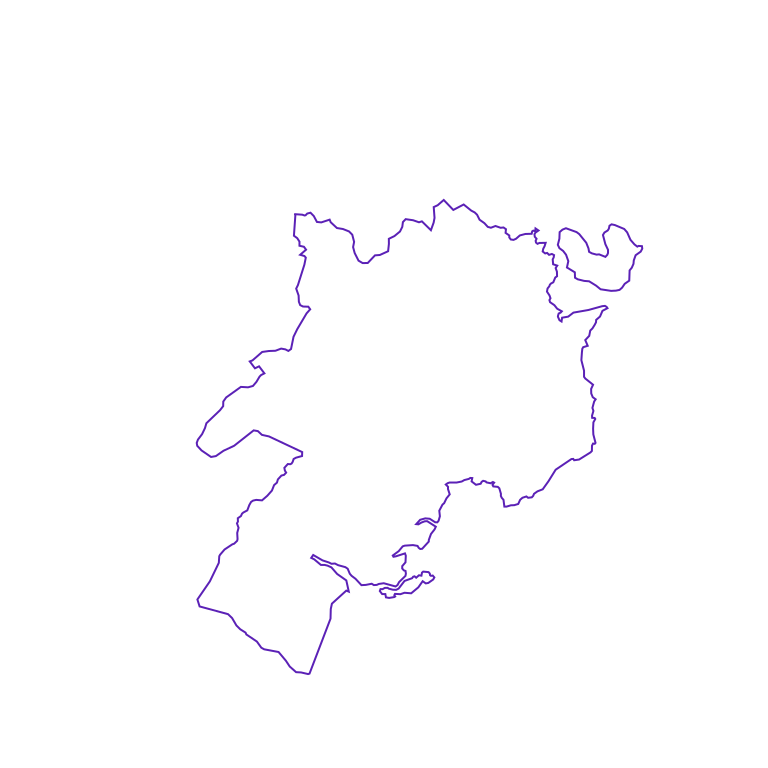 outline of Beluran, Sabah, Malaysia, rotated 49°
{"feature_id": "92858781B11747054778186", "entity_name": "Beluran", "entity_type": "district", "adm_level": 2, "iso_a3": "MYS", "parent_name": "Malaysia", "parent_adm1": "Sabah", "projection": "natural_earth1", "projection_center": [117.451, 6.209], "detail": "fine", "context": "isolated", "style": "outline", "palette": "violet", "viewbox_px": 768, "rotation_deg": 49, "n_neighbors": 0, "source": "geoboundaries", "source_scale": "gbopen_adm2", "svg_char_len": 6166}
<svg xmlns="http://www.w3.org/2000/svg" viewBox="0 0 768 768"><g transform="rotate(49 384 384)"><path d="M278.9,470.5L287.5,471.1L288.7,466.7L297.5,467.3L296.6,470.9L296.8,473.1L298.7,478.9L299.5,484.2L297.3,488.8L292.3,493.9L290.6,511.9L291.8,516.8L295.2,519.9L296.2,525.0L297.1,543.8L299.8,548.0L302.5,554.2L303.9,560.9L305.6,564.0L308.1,565.5L314.4,565.3L325.6,562.4L328.1,558.2L329.1,548.9L332.3,537.6L333.5,512.8L336.8,510.1L342.3,509.5L348.1,505.2L381.7,490.4L384.6,493.1L381.9,498.7L381.3,501.4L382.8,503.9L383.4,505.9L383.1,507.3L381.3,509.1L381.9,514.2L384.3,515.6L386.7,516.0L387.0,519.1L385.8,521.5L386.4,526.7L388.2,529.5L388.2,533.3L390.9,538.5L391.8,545.4L391.8,552.4L387.6,556.5L386.1,559.3L385.8,561.7L387.0,565.1L389.7,570.1L388.7,574.5L388.7,576.2L389.8,578.6L389.4,582.4L392.0,584.5L392.7,586.4L397.1,588.1L400.1,592.5L405.0,596.3L406.0,597.7L406.2,601.9L405.5,603.6L404.3,612.9L405.3,619.7L405.9,621.3L410.6,626.0L418.7,644.9L424.2,666.2L430.9,669.1L455.4,652.7L461.0,652.2L469.4,653.8L474.8,653.4L480.8,651.6L482.7,652.2L495.0,648.9L502.5,649.6L505.6,648.5L517.1,639.4L528.5,639.6L535.4,640.5L543.8,639.4L547.3,635.8L553.1,631.6L553.7,630.2L526.0,578.3L518.9,571.8L515.6,567.4L515.2,548.0L517.6,546.8L507.5,541.3L496.6,544.0L487.9,544.0L484.0,545.8L481.6,547.5L479.2,550.3L470.5,551.7L467.5,553.0L466.6,549.6L476.8,546.1L482.5,542.7L485.2,541.6L487.3,538.8L490.6,537.5L496.9,533.3L499.6,532.6L504.8,534.3L507.5,534.3L512.3,533.3L521.0,533.0L523.7,529.5L526.7,524.3L529.1,523.6L530.9,521.2L531.5,519.1L534.2,514.9L544.4,508.1L544.6,505.7L543.4,502.6L542.9,493.7L541.5,491.9L539.2,490.4L537.7,491.3L535.2,491.3L533.4,489.7L532.7,484.8L527.9,480.2L525.6,479.3L521.9,488.0L520.6,490.2L519.2,489.9L519.8,482.6L518.8,476.4L519.6,474.4L524.6,467.8L528.2,464.9L530.4,465.3L532.3,464.9L533.4,463.3L532.3,453.6L531.1,452.5L528.0,446.9L526.9,441.2L525.7,438.5L515.9,441.4L514.4,443.2L513.1,446.7L512.5,450.1L510.9,451.6L510.2,445.8L512.5,441.0L515.7,437.9L521.9,436.1L523.4,434.5L523.0,432.5L520.5,428.6L515.9,425.4L513.4,419.0L513.4,416.8L511.3,411.9L510.4,406.8L505.2,404.6L503.6,403.1L500.4,403.3L500.6,401.1L501.3,399.3L505.9,394.0L508.6,389.3L509.2,386.4L511.3,382.2L511.5,380.5L512.9,379.1L515.0,381.8L520.4,380.7L522.7,376.5L521.9,374.5L522.1,372.7L524.2,371.2L525.5,371.2L528.8,368.7L529.4,366.1L530.7,365.6L531.3,368.3L533.0,368.7L536.3,365.6L538.4,365.4L543.6,367.8L545.1,369.2L547.1,369.8L549.8,369.8L555.5,373.6L556.9,372.0L558.8,367.8L560.9,365.2L562.6,361.4L560.7,357.2L560.7,354.1L562.3,350.3L564.4,349.9L566.5,346.8L566.3,344.8L565.3,342.8L565.7,338.6L567.6,333.3L565.3,323.7L561.3,310.7L563.6,291.8L564.7,290.3L566.3,290.5L569.0,286.3L571.1,273.0L570.9,271.0L567.0,267.5L566.1,265.3L567.4,264.2L567.2,263.0L559.4,259.1L554.9,255.5L550.3,251.1L549.0,247.5L547.8,247.3L546.1,249.1L544.4,247.8L541.7,243.6L538.8,242.4L535.1,236.9L534.4,234.3L530.9,235.1L527.1,233.8L523.6,230.9L521.7,226.7L511.9,228.5L509.8,228.3L505.2,224.3L495.5,219.4L490.0,213.9L487.5,211.2L486.9,209.5L488.8,205.2L482.9,203.3L482.3,197.5L479.0,193.3L478.8,190.2L477.5,186.0L476.5,183.5L474.8,181.8L474.8,176.7L472.1,171.1L473.4,165.6L471.9,165.4L470.0,166.0L468.4,168.3L462.3,181.1L454.4,194.2L454.0,200.8L450.8,206.1L453.3,209.0L451.0,209.7L447.3,208.6L446.5,207.7L445.4,205.9L446.0,203.9L445.8,202.1L440.8,203.9L436.3,203.7L431.2,205.0L429.2,204.1L428.5,202.1L425.8,201.0L421.2,200.4L419.2,197.9L418.7,195.1L417.9,193.7L417.7,192.2L418.3,189.5L416.0,184.9L416.2,182.7L412.7,179.8L409.1,178.4L408.3,175.6L404.6,177.8L400.6,174.9L399.8,172.9L398.3,171.1L396.0,172.0L394.8,174.7L392.1,174.9L391.2,176.7L388.1,177.3L386.4,175.1L385.4,172.5L383.5,169.4L379.5,174.2L378.9,176.2L377.0,176.5L375.4,175.6L374.5,173.6L371.8,173.6L369.7,172.2L369.1,170.5L369.5,166.7L366.0,167.6L367.9,169.6L366.2,170.7L366.0,172.0L367.5,174.0L363.5,178.9L361.0,184.0L361.0,189.1L360.2,191.7L358.1,193.5L355.6,193.3L354.1,192.0L349.7,193.1L347.2,190.4L344.3,191.1L342.6,193.5L337.9,196.2L336.2,200.8L333.5,202.6L328.5,202.7L322.7,204.1L317.3,202.7L314.0,203.0L310.4,204.4L300.8,206.1L298.1,217.5L284.3,218.2L284.3,226.2L283.1,230.4L291.8,236.9L294.8,240.7L298.7,247.7L286.1,248.7L284.9,251.5L279.5,254.6L273.8,259.5L274.2,263.5L277.4,267.1L279.4,271.9L279.2,279.1L277.6,285.1L281.5,288.4L286.5,293.8L283.9,302.5L281.0,306.4L282.0,316.9L278.7,320.8L274.2,322.3L265.9,320.2L260.4,317.5L257.1,313.3L250.5,310.0L245.9,310.3L240.1,313.3L235.4,317.2L226.9,318.1L224.3,317.2L220.9,325.3L217.7,328.3L211.2,326.8L206.5,327.1L205.0,330.1L205.2,332.5L204.7,333.4L202.6,334.6L196.9,340.3L198.0,339.7L213.0,354.7L217.0,353.8L221.1,354.4L224.2,357.1L227.9,354.4L231.5,354.7L231.5,362.5L235.2,360.1L237.3,360.1L241.7,365.8L252.9,384.1L254.4,387.7L261.2,390.4L266.1,394.3L269.5,395.5L272.4,394.3L276.0,390.4L279.2,390.7L279.9,396.1L285.7,413.5L289.0,421.3L296.6,431.2L296.3,434.5L293.2,435.7L289.8,438.4L287.7,444.1L283.6,449.2L279.9,454.9L279.9,467.8L278.9,470.5ZM452.5,103.4L451.3,100.3L449.2,98.9L446.8,101.3L446.5,102.7L442.9,103.4L436.9,103.4L429.1,101.0L424.6,101.0L415.5,105.5L412.8,107.5L412.5,110.0L414.3,112.4L414.9,114.4L414.3,118.3L415.2,121.0L423.7,125.2L429.7,126.9L432.1,129.0L433.0,130.7L433.3,133.5L427.3,136.6L425.8,138.7L421.8,141.4L418.8,142.5L415.8,140.7L410.1,138.7L399.0,138.3L395.7,139.0L385.8,144.5L384.6,148.0L384.6,151.8L389.4,156.3L393.0,161.5L396.6,162.5L401.1,161.5L405.9,161.8L412.2,164.3L416.1,169.5L424.9,166.7L429.1,170.1L432.1,169.1L437.5,165.3L441.1,161.8L448.9,159.4L454.6,158.4L462.7,151.5L465.7,147.7L467.5,144.5L467.5,141.1L466.3,136.6L466.9,131.1L459.4,124.1L458.8,120.7L457.0,116.9L454.6,114.4L451.9,109.6L452.5,103.4ZM563.0,472.9L560.5,472.9L559.6,474.4L558.6,474.7L557.1,473.8L555.2,473.8L551.3,477.5L551.3,479.1L553.2,481.5L551.3,483.1L551.3,486.8L549.2,487.1L548.6,488.4L549.0,490.2L546.1,497.7L548.0,507.2L547.3,509.9L545.0,512.3L541.7,514.6L540.2,515.0L538.4,517.2L537.9,519.7L536.5,521.2L537.5,523.0L541.3,523.2L543.4,520.8L546.3,522.5L548.8,520.5L551.5,516.1L551.7,515.0L550.2,514.8L549.6,513.4L553.4,509.5L555.0,505.5L559.8,500.8L560.0,491.5L558.2,484.2L561.9,483.3L563.2,481.1L563.8,475.1L563.0,472.9Z" fill="none" stroke="#5b21b6" stroke-width="2"/></g></svg>